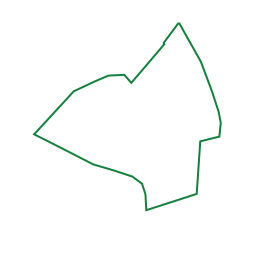 Seodaemun-gu, Seoul, South Korea (Albers equal-area conic projection), rotated 252°
{"feature_id": "91817680B65126245655882", "entity_name": "Seodaemun-gu", "entity_type": "district", "adm_level": 2, "iso_a3": "KOR", "parent_name": "South Korea", "parent_adm1": "Seoul", "projection": "albers", "projection_center": [126.947, 37.574], "detail": "fine", "context": "isolated", "style": "outline", "palette": "green", "viewbox_px": 256, "rotation_deg": 252, "n_neighbors": 0, "source": "geoboundaries", "source_scale": "gbopen_adm2", "svg_char_len": 476}
<svg xmlns="http://www.w3.org/2000/svg" viewBox="0 0 256 256"><g transform="rotate(252 128 128)"><path d="M44.2,120.0L44.1,173.0L93.0,192.6L91.6,212.2L104.2,217.8L115.4,219.2L136.4,219.2L168.5,217.8L211.4,209.2L211.9,208.0L197.9,188.2L196.5,188.4L185.3,170.3L169.9,145.1L179.7,140.9L183.9,125.5L182.5,110.2L179.7,87.8L151.0,36.8L136.4,51.5L125.2,62.7L104.2,83.6L91.7,101.8L80.5,117.1L70.7,124.1L59.5,124.1L44.2,120.0Z" fill="none" stroke="#15803d" stroke-width="2"/></g></svg>